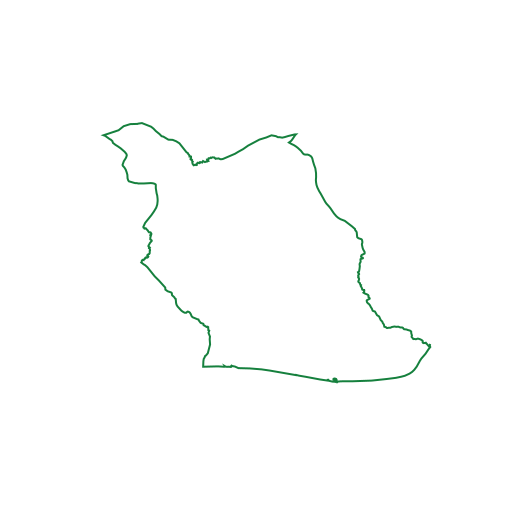 outline of Nagan Raya, Aceh, Indonesia, rotated 310°
{"feature_id": "22746128B8237986094994", "entity_name": "Nagan Raya", "entity_type": "district", "adm_level": 2, "iso_a3": "IDN", "parent_name": "Indonesia", "parent_adm1": "Aceh", "projection": "natural_earth1", "projection_center": [96.507, 4.176], "detail": "fine", "context": "isolated", "style": "outline", "palette": "green", "viewbox_px": 512, "rotation_deg": 310, "n_neighbors": 0, "source": "geoboundaries", "source_scale": "gbopen_adm2", "svg_char_len": 6102}
<svg xmlns="http://www.w3.org/2000/svg" viewBox="0 0 512 512"><g transform="rotate(310 256 256)"><path d="M141.6,283.3L137.2,286.7L147.0,297.8L150.3,302.3L151.0,303.1L151.5,303.3L151.6,303.0L151.8,304.1L153.1,305.8L153.7,306.3L154.5,307.6L155.0,308.2L155.3,308.3L155.8,308.0L155.8,307.7L156.3,307.7L156.4,308.4L157.8,311.0L158.8,314.6L165.8,323.4L172.7,333.1L177.1,340.2L190.5,363.3L190.7,363.2L192.0,365.9L195.4,371.7L202.5,384.3L206.5,390.8L207.1,390.8L207.3,390.6L207.7,391.0L207.5,391.4L207.2,391.4L207.1,391.7L208.9,395.3L210.4,397.3L210.8,398.1L211.2,398.4L211.6,397.9L211.2,397.0L211.3,396.4L211.1,396.0L211.4,395.5L211.4,394.9L211.2,394.7L211.5,394.4L212.3,394.6L212.8,395.1L213.3,396.4L212.9,397.4L211.8,398.4L211.8,398.9L211.6,399.3L212.5,399.5L214.6,401.6L222.3,410.7L234.9,424.7L245.7,435.1L252.6,441.5L256.8,444.8L259.9,447.0L264.5,449.2L267.6,450.1L270.5,450.4L274.6,450.2L281.2,448.9L283.7,448.6L290.1,448.7L295.4,448.1L298.3,448.0L298.8,446.9L300.4,446.1L300.0,446.1L297.8,447.3L298.6,442.6L298.4,442.7L298.4,441.9L298.1,441.4L297.0,440.4L296.8,439.8L297.0,439.1L297.8,438.6L298.1,438.2L298.1,436.8L297.6,434.9L296.8,433.1L295.0,432.0L294.4,430.8L293.7,430.2L293.5,429.6L293.8,428.9L294.0,427.3L294.4,426.9L295.4,426.5L296.6,424.6L297.9,423.4L297.9,422.6L297.8,421.8L296.8,419.7L296.5,418.6L295.1,416.5L295.1,415.9L295.4,414.8L295.3,414.1L294.0,412.4L293.3,410.4L291.9,409.0L291.0,407.4L288.9,405.7L287.5,405.1L286.5,403.9L285.1,402.8L284.9,402.3L285.0,401.3L284.3,399.8L285.7,398.0L286.2,396.1L286.9,394.9L287.1,392.7L288.7,389.4L288.8,388.7L288.5,387.3L288.5,386.6L289.9,382.9L289.8,382.4L289.2,381.3L289.1,380.5L290.2,378.5L290.6,377.0L291.5,374.9L291.8,373.2L291.7,372.2L291.9,370.9L292.3,370.2L293.1,369.4L294.0,369.5L295.1,370.1L296.4,370.5L296.8,369.9L296.9,368.4L297.9,367.8L298.2,366.9L298.1,366.2L297.2,363.4L297.0,361.9L298.1,361.9L298.7,361.2L299.1,361.2L299.5,360.7L298.8,359.8L298.8,359.3L298.6,358.9L299.3,358.0L299.8,357.1L300.2,355.7L300.4,355.4L301.2,355.2L301.1,354.3L301.3,353.9L302.0,353.1L301.9,351.4L302.4,350.6L303.4,350.4L304.6,349.8L304.9,349.5L305.2,348.3L305.7,348.2L305.7,347.7L306.4,347.4L306.9,346.7L308.3,346.7L308.6,346.4L308.8,344.9L309.1,344.5L310.0,344.9L310.7,344.7L312.6,343.6L314.9,342.1L316.2,340.7L316.9,340.3L318.4,340.0L318.9,339.8L320.3,338.4L320.7,338.1L321.1,338.2L322.7,339.3L323.1,339.3L323.3,338.9L322.8,337.5L323.1,336.8L324.4,336.3L325.1,336.5L327.6,337.6L327.9,337.5L328.9,336.6L329.9,333.9L330.7,332.5L332.8,329.8L333.5,329.3L334.2,329.1L335.1,328.5L336.3,327.1L336.6,326.4L336.6,325.9L335.5,323.1L335.4,322.0L335.5,321.4L338.8,318.0L339.3,317.1L339.5,315.6L339.9,314.9L340.3,314.5L340.4,310.6L340.0,301.4L338.5,297.0L338.1,294.4L338.1,292.1L338.7,288.4L340.4,282.4L340.9,280.0L341.4,276.2L342.0,274.1L345.3,265.6L346.3,262.6L347.9,259.0L349.3,256.7L351.0,254.7L352.6,253.1L355.1,251.3L358.1,248.7L361.3,245.1L363.2,241.8L365.1,238.9L366.8,236.6L367.4,235.4L367.7,233.9L367.4,231.8L366.9,230.4L365.5,228.8L364.8,227.6L364.7,226.2L365.5,222.8L365.7,218.4L365.6,216.2L365.3,213.8L364.6,211.1L364.1,208.3L366.6,208.9L368.3,208.9L373.9,208.3L374.8,208.4L373.9,207.4L368.8,203.7L365.6,201.6L363.5,200.0L362.3,197.9L361.1,196.4L360.6,194.2L358.4,190.3L353.4,187.7L347.4,183.8L335.5,179.0L329.5,177.4L324.6,175.5L320.8,174.2L309.3,168.4L308.2,167.6L307.3,166.6L306.9,165.5L306.8,164.7L305.4,163.4L305.0,162.6L304.5,162.5L304.5,161.4L304.7,160.8L303.5,159.1L302.3,158.7L302.2,158.0L300.9,157.7L300.4,156.9L299.3,157.3L298.4,156.5L298.2,156.8L298.1,158.4L296.7,157.7L296.3,157.1L295.1,156.5L294.7,154.4L293.0,154.7L292.7,153.9L292.0,152.8L291.1,153.2L290.5,152.8L290.2,151.5L289.4,151.3L288.2,151.5L287.8,152.1L287.1,151.7L286.9,150.7L286.2,150.5L285.4,149.9L285.9,148.1L286.9,146.9L287.6,146.9L287.9,145.5L288.5,145.2L288.5,144.6L288.0,144.0L288.1,143.5L289.4,143.2L290.4,142.3L290.1,141.4L289.5,141.1L290.4,139.9L290.5,138.6L291.0,137.9L290.8,136.0L293.1,124.9L292.6,121.2L291.4,117.5L288.8,114.1L287.9,108.3L287.1,106.7L287.4,103.6L287.3,99.1L287.7,95.5L287.6,92.5L284.5,83.2L281.6,80.6L281.1,80.4L276.2,74.9L270.4,71.2L264.0,69.9L250.5,61.6L251.1,63.3L251.5,68.7L251.8,70.1L251.7,72.1L250.7,73.7L250.8,76.9L251.2,79.7L251.5,83.2L251.4,88.4L250.9,91.0L250.2,92.2L249.2,92.7L247.9,93.2L246.3,93.5L243.7,93.8L240.0,95.2L239.5,96.0L239.2,98.3L238.4,100.7L237.0,103.1L235.5,105.3L233.0,107.6L231.9,109.3L231.5,110.6L233.6,115.4L234.3,116.8L235.1,117.7L236.1,119.5L239.6,123.6L244.3,128.6L245.5,130.4L246.2,132.0L246.3,133.2L246.0,133.6L243.6,135.6L240.1,139.6L238.8,141.5L236.4,144.0L234.9,145.3L231.9,147.3L228.9,148.5L224.5,149.2L220.1,149.6L210.1,149.8L205.8,151.0L205.4,151.7L205.6,152.4L205.3,153.0L205.5,153.2L206.2,153.5L206.4,154.0L206.1,155.1L206.0,156.8L205.6,157.6L205.4,158.9L206.0,159.6L206.3,160.0L206.1,160.8L205.7,161.7L204.7,162.1L204.4,161.5L204.0,161.6L204.0,162.1L203.6,162.6L202.4,163.1L200.8,164.3L200.9,165.9L200.6,166.4L197.6,166.4L195.6,166.9L195.0,166.9L194.4,167.2L194.2,167.5L194.2,168.9L193.7,168.7L193.2,169.0L193.4,169.6L193.1,170.2L192.2,171.2L191.5,171.3L191.2,171.7L189.7,172.8L188.8,172.9L188.4,172.5L187.3,172.2L187.1,172.6L186.4,172.5L186.1,173.0L186.2,173.9L185.5,174.0L184.6,173.6L184.3,172.7L183.9,172.4L183.0,172.4L182.8,172.7L181.7,172.6L180.8,172.0L180.5,172.3L180.2,171.7L179.4,171.5L178.7,171.7L178.0,172.3L177.3,172.3L177.4,175.4L177.7,176.9L177.6,180.0L175.3,191.5L174.8,197.4L173.5,206.7L172.0,208.2L172.2,211.0L173.5,214.3L173.5,215.2L173.1,215.8L172.4,216.4L172.0,217.0L171.9,219.9L171.4,221.3L171.5,222.1L168.7,224.9L167.6,226.4L166.9,228.4L166.2,233.7L166.2,234.8L166.4,236.6L166.8,238.0L167.8,239.1L168.5,239.1L169.4,239.3L169.7,239.7L170.1,241.0L170.1,241.7L169.6,243.3L168.6,245.2L168.4,245.9L168.4,247.0L170.0,252.1L170.4,252.7L169.8,253.9L169.2,256.6L170.2,259.2L169.7,260.0L169.3,260.4L169.7,261.8L169.6,262.2L169.9,263.8L170.5,264.0L170.8,264.5L170.8,265.1L169.9,265.8L169.3,266.6L168.6,267.0L168.7,268.2L166.6,269.0L164.7,272.5L162.5,274.0L158.7,277.7L150.5,281.6L147.6,281.6L146.5,281.3L145.4,281.8L143.6,282.1L141.6,283.3Z" fill="none" stroke="#15803d" stroke-width="2"/></g></svg>